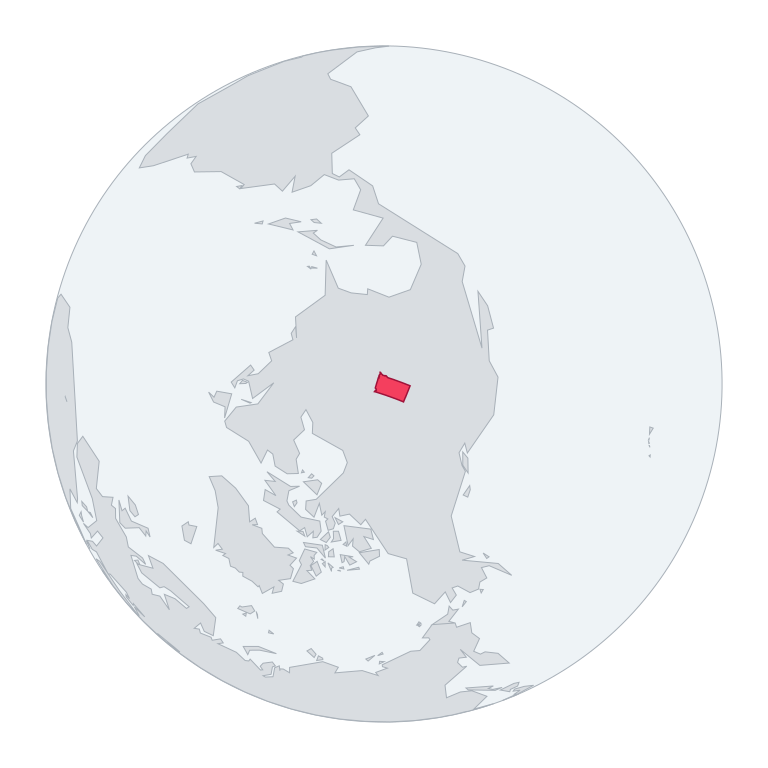 South Dakota highlighted on a globe, orthographic projection, rotated 198°
{"feature_id": "USA-3534", "entity_name": "South Dakota", "entity_type": "State", "adm_level": 1, "iso_a3": "USA", "parent_name": "United States of America", "parent_adm1": "", "projection": "orthographic", "projection_center": [-98.157, 44.23], "detail": "fine", "context": "on_globe", "style": "filled", "palette": "rose", "viewbox_px": 768, "rotation_deg": 198, "n_neighbors": 0, "source": "natural_earth", "source_scale": "10m", "svg_char_len": 12183}
<svg xmlns="http://www.w3.org/2000/svg" viewBox="0 0 768 768"><g transform="rotate(198 384 384)"><circle cx="384" cy="384" r="338" fill="#eef3f6" stroke="#a8b0b8"/><path d="M548.7,679.1L538.1,684.7L535.1,686.2L512.4,696.6L488.9,705.2L491.2,704.4L483.6,706.9L496.0,701.1L512.3,691.5L533.3,661.7L528.9,657.3L507.3,656.5L481.7,634.1L490.5,618.7L484.0,613.6L505.0,587.3L498.2,568.2L490.5,567.1L483.5,576.9L456.0,568.9L444.9,553.7L354.1,530.8L343.4,521.2L341.3,505.6L301.9,448.4L323.3,501.2L309.6,490.4L297.1,471.0L302.2,467.2L291.1,438.6L277.7,425.8L270.1,388.6L283.4,344.1L288.9,352.7L291.4,341.8L284.7,330.7L279.6,326.1L279.3,279.2L260.0,247.8L244.6,247.9L255.3,240.6L219.9,248.6L203.4,241.5L227.8,243.7L234.6,239.5L226.3,231.3L231.6,225.3L230.7,218.2L237.7,212.2L251.4,214.7L256.2,211.1L250.0,205.6L253.2,196.7L261.5,205.2L268.0,190.6L292.0,194.0L308.5,224.7L327.6,224.0L359.8,249.6L362.6,243.0L376.6,249.6L385.1,244.7L388.6,251.6L392.3,241.9L387.4,236.6L387.4,230.7L391.9,227.6L397.2,235.5L395.7,238.3L399.7,239.0L400.4,244.5L402.6,240.0L408.6,250.5L409.4,235.7L419.8,240.5L421.9,248.7L412.8,253.4L395.2,286.8L394.6,297.9L402.7,308.1L436.9,314.9L439.8,325.4L450.3,335.5L452.8,326.8L445.5,315.9L452.6,302.8L442.8,291.9L444.3,285.3L437.8,272.4L448.4,268.7L462.2,272.3L468.1,283.0L474.4,285.2L476.5,270.8L495.0,287.7L520.3,294.0L524.0,299.5L517.4,316.4L497.8,326.1L489.2,351.1L504.5,329.6L513.6,344.8L519.2,345.4L524.4,341.8L524.7,334.2L529.9,338.6L516.7,360.8L511.8,357.1L516.0,349.8L506.8,354.9L498.0,371.3L503.3,378.4L484.3,397.9L487.9,403.5L485.8,411.3L481.4,400.8L488.9,420.5L467.4,450.2L477.3,484.0L457.1,461.0L443.4,460.5L427.5,463.9L428.9,469.5L406.1,468.1L388.1,481.9L385.6,509.4L396.6,528.8L421.6,527.2L427.2,515.2L444.5,510.2L436.1,541.5L467.0,540.1L466.2,561.5L475.7,570.0L490.2,563.9L505.5,564.7L514.9,550.0L530.7,538.0L532.7,554.2L540.2,536.0L549.9,540.4L580.5,525.7L578.6,530.5L604.5,535.7L629.8,527.1L635.7,533.8L633.0,542.4L641.1,538.0L641.2,542.1L670.8,520.3L683.5,513.9L681.5,527.5L667.6,555.3L647.5,592.9L620.6,621.9L608.7,635.1L578.9,659.9L563.3,669.5L562.6,670.8L551.1,677.7L548.7,679.1ZM114.3,425.2L116.0,418.3L117.9,425.3L114.3,425.2ZM115.2,412.3L115.0,415.0L114.7,412.4L115.2,412.3ZM113.7,409.2L114.8,411.5L113.3,409.6L113.7,409.2ZM111.5,405.9L112.8,407.4L112.5,407.5L111.5,405.9ZM477.7,495.7L512.8,502.1L494.8,509.6L497.9,505.7L488.6,501.5L471.9,499.5L455.5,506.6L477.7,495.7ZM108.9,398.8L108.4,396.8L109.8,397.6L108.9,398.8ZM489.0,473.3L483.1,473.6L488.6,471.9L489.0,473.3ZM276.5,325.3L284.0,331.2L288.1,343.7L281.3,339.4L276.5,325.3ZM269.4,302.3L274.4,302.9L271.1,313.9L269.3,310.1L269.4,302.3ZM232.4,249.8L237.5,253.9L230.7,252.1L232.4,249.8ZM229.3,218.4L226.1,219.2L227.0,215.3L229.3,218.4ZM432.5,275.5L435.1,274.0L434.9,277.1L432.5,275.5ZM427.1,271.5L425.1,276.2L422.2,275.0L423.6,272.1L427.1,271.5ZM238.5,202.5L240.8,196.2L240.8,203.0L238.5,202.5ZM430.4,266.1L417.5,272.4L412.6,270.3L413.5,257.9L430.4,266.1ZM243.7,192.9L249.0,178.3L242.5,178.7L263.9,170.0L252.3,184.8L253.4,192.9L248.7,190.2L243.7,192.9ZM383.9,236.3L389.3,241.8L380.6,240.2L383.9,236.3ZM378.3,236.9L351.7,241.9L346.0,232.8L356.0,232.7L345.3,223.8L355.6,216.8L363.8,220.1L365.5,227.2L368.2,219.2L378.3,236.9ZM274.9,167.9L278.2,165.0L277.3,168.6L274.9,167.9ZM386.7,228.3L381.8,229.9L376.5,222.0L385.3,217.4L384.2,221.4L386.7,228.3ZM337.4,225.1L335.0,218.8L342.7,211.3L342.8,207.9L355.3,215.9L337.4,225.1ZM387.7,221.6L389.9,215.4L396.5,216.4L391.1,226.3L387.7,221.6ZM371.4,222.0L369.3,218.2L373.3,218.8L371.4,222.0ZM421.2,217.2L415.5,218.8L412.3,214.8L421.2,217.2ZM390.3,213.0L388.0,212.8L386.0,211.5L388.8,207.8L390.3,213.0ZM359.9,210.2L363.6,208.6L355.2,206.5L360.6,201.2L368.0,207.7L367.1,202.7L368.7,201.1L372.9,208.2L359.9,210.2ZM385.9,200.3L397.1,207.3L408.4,205.0L411.6,208.4L392.8,211.6L385.9,200.3ZM377.9,204.2L383.5,202.5L384.7,207.4L381.5,211.6L377.9,204.2ZM361.6,195.4L351.4,201.9L350.1,200.3L361.6,195.4ZM388.9,198.5L386.1,197.0L389.6,197.8L388.9,198.5ZM369.8,195.2L366.3,197.6L365.0,195.7L369.8,195.2ZM383.5,191.9L387.1,194.1L385.1,196.9L383.5,191.9ZM377.0,192.6L376.0,189.5L382.1,196.6L375.7,193.9L377.0,192.6ZM369.0,193.0L367.1,192.7L370.7,192.3L369.0,193.0ZM389.1,180.3L397.4,188.7L392.8,194.7L385.5,185.7L389.1,180.3ZM583.0,110.9L578.0,107.3L603.9,128.8L599.4,127.5L571.5,105.5L547.6,88.9L545.1,87.9L552.7,95.0L539.6,88.6L554.5,97.7L554.1,95.9L563.4,101.9L564.4,103.9L559.7,101.3L564.7,106.4L585.7,118.6L587.6,118.1L605.6,135.5L610.4,136.6L618.0,143.6L612.6,144.3L607.3,141.1L603.7,150.8L611.0,155.6L614.8,147.1L617.0,151.0L626.8,158.6L621.1,156.0L615.0,165.3L626.1,185.0L653.5,219.6L657.2,232.6L654.3,241.2L631.0,222.5L625.3,195.7L616.9,189.9L606.7,192.5L605.8,184.5L600.9,182.6L597.7,173.2L581.8,158.9L576.8,150.0L559.8,143.9L554.9,138.8L566.4,143.7L571.7,142.8L557.9,123.1L552.0,119.1L542.0,117.0L539.5,112.4L531.6,113.0L518.3,102.9L527.9,116.1L516.4,115.2L502.5,109.5L500.5,111.9L523.1,121.4L530.5,123.3L534.2,120.9L556.1,129.5L563.2,136.5L546.8,137.4L555.0,148.0L538.6,145.1L487.6,119.4L471.8,109.8L468.6,91.9L478.5,93.2L484.6,100.0L489.0,93.0L483.9,93.8L481.7,90.4L470.2,89.7L468.2,87.2L460.7,91.1L456.9,88.1L461.7,85.7L441.5,83.2L430.6,78.1L427.0,78.8L426.3,81.0L413.1,73.8L411.0,74.7L414.5,77.3L412.7,81.1L404.3,85.1L400.2,82.3L402.7,80.5L401.7,73.0L408.9,69.2L406.3,68.6L399.1,71.3L400.3,80.3L396.5,83.6L394.4,79.1L394.9,80.9L391.7,81.8L384.6,80.2L386.2,85.3L356.4,101.0L339.9,100.5L341.4,94.1L316.2,104.7L299.5,104.9L302.8,107.1L293.0,114.8L298.1,114.7L298.9,116.4L276.0,138.1L267.5,141.6L261.3,155.0L263.0,156.4L269.0,154.4L263.9,170.0L242.5,178.7L239.8,175.1L228.2,183.7L223.6,174.5L214.5,171.4L216.1,157.5L208.8,156.9L205.1,160.5L192.3,163.1L178.7,157.3L205.9,146.0L229.5,155.2L221.3,149.6L228.0,146.5L228.0,141.9L221.8,138.9L218.1,141.2L232.9,116.4L227.6,104.9L216.2,114.7L205.6,119.4L189.6,118.8L198.1,102.6L184.1,111.8L180.9,113.9L181.6,113.4L191.2,106.5L192.8,105.4L203.1,98.6L204.7,97.9L217.7,89.8L220.6,88.5L228.0,84.2L250.6,73.5L273.9,64.5L297.8,57.3L322.2,51.8L346.9,48.1L371.8,46.3L396.8,46.3L421.7,48.2L446.4,51.9L470.8,57.4L494.7,64.7L518.0,73.8L540.5,84.5L562.2,96.9L583.0,110.9ZM719.1,340.7L720.9,364.9L718.9,369.6L706.4,359.9L702.1,339.9L693.9,327.3L658.0,235.1L658.7,224.4L640.0,180.2L639.1,176.4L650.3,187.2L643.5,168.8L630.6,154.6L617.7,139.9L635.4,158.2L651.7,177.8L666.5,198.6L679.7,220.4L691.1,243.1L700.9,266.7L708.8,290.9L714.9,315.6L719.1,340.7ZM680.0,269.1L683.3,273.4L683.3,273.5L680.0,269.1ZM508.1,69.7L510.4,71.1L498.6,66.6L495.3,66.1L501.4,68.6L522.5,76.8L519.3,74.4L508.1,69.7ZM581.4,525.0L585.2,526.3L580.5,528.8L581.4,525.0ZM493.3,517.5L500.3,516.0L504.2,517.7L499.1,520.1L493.3,517.5ZM549.3,498.6L556.8,496.9L549.4,501.7L549.3,498.6ZM518.1,502.4L543.3,500.5L529.0,511.4L512.9,512.7L523.4,507.5L518.1,502.4ZM487.8,485.1L492.4,485.2L491.7,488.9L487.8,485.1ZM493.1,472.2L491.4,473.0L488.8,470.7L493.1,472.2ZM514.4,343.4L515.6,341.8L521.3,339.7L519.7,343.7L514.4,343.4ZM540.5,314.2L548.3,322.1L541.6,318.9L540.8,325.5L525.8,327.6L525.1,302.4L528.1,313.2L540.5,314.2ZM505.5,324.4L515.1,325.3L504.6,325.3L505.5,324.4ZM577.2,184.0L579.8,180.8L586.5,185.0L592.8,198.3L583.1,192.1L577.2,184.0ZM581.9,175.6L563.8,173.9L559.2,166.2L564.8,170.7L563.6,165.8L572.4,171.7L585.6,166.9L592.4,170.5L600.3,191.8L594.0,182.5L591.8,185.9L581.9,175.6ZM525.9,189.6L518.0,190.6L518.2,172.4L525.5,173.7L532.3,186.5L527.6,192.5L525.9,189.6ZM434.5,243.7L431.5,246.5L430.0,244.1L431.4,239.7L434.5,243.7ZM418.8,218.3L446.2,229.3L444.1,232.9L462.6,236.0L464.4,246.9L452.3,244.4L467.5,255.6L457.3,257.7L468.2,264.4L441.2,257.7L432.7,260.7L441.5,253.1L440.2,242.8L437.0,239.3L421.7,231.8L402.7,233.8L398.3,224.6L400.2,217.6L404.1,215.7L405.7,222.1L409.8,215.0L415.1,222.9L418.8,218.3ZM425.7,150.4L426.0,157.0L435.0,147.2L440.4,153.7L441.1,152.2L448.6,155.7L458.9,157.6L460.0,161.2L463.5,160.4L468.5,163.0L473.7,163.3L477.6,170.1L484.3,171.1L482.3,173.8L492.8,173.9L486.7,176.9L492.6,181.1L495.4,175.9L503.5,215.1L511.6,230.4L521.6,241.9L509.9,246.5L492.9,239.1L475.3,226.3L469.2,211.4L465.0,216.6L460.8,211.2L465.9,209.4L455.6,209.0L453.5,204.2L437.8,195.0L424.3,198.3L418.2,195.4L422.5,191.7L413.4,191.4L417.4,182.6L413.1,180.4L412.8,170.0L423.5,164.7L417.9,162.7L417.3,155.2L425.7,150.4ZM389.5,177.3L401.0,168.7L409.7,168.2L406.7,186.8L410.0,189.9L408.4,202.6L395.9,203.1L397.5,199.4L396.2,195.9L400.6,197.1L396.1,193.6L398.1,188.5L395.1,184.5L399.7,182.7L389.5,177.3ZM632.6,168.9L631.0,165.6L627.1,159.8L633.2,164.9L632.6,168.9ZM628.9,175.3L626.6,171.5L633.4,175.1L635.1,178.9L628.9,175.3ZM619.6,166.9L626.0,171.1L623.6,171.0L619.6,166.9ZM563.6,140.5L560.5,136.9L562.4,136.8L566.8,139.1L563.6,140.5ZM453.7,125.3L452.5,128.5L450.2,128.0L441.5,132.3L436.8,128.2L440.2,124.0L453.7,125.3ZM585.6,112.9L593.6,118.9L594.5,119.7L591.6,117.4L585.6,112.9ZM617.1,141.7L612.6,136.2L618.8,143.1L617.1,141.7ZM447.2,121.5L444.2,123.7L443.7,120.4L447.2,121.5ZM433.0,125.5L431.5,121.8L435.3,128.2L433.0,125.5ZM403.0,94.3L420.2,92.4L429.5,89.3L429.9,84.5L436.8,90.9L422.4,95.6L403.0,94.3ZM362.6,100.2L362.4,105.2L357.6,104.3L357.0,103.0L362.6,100.2ZM365.9,102.3L374.8,106.3L371.5,109.9L365.1,106.0L365.9,102.3ZM411.6,112.2L417.0,111.7L417.2,114.3L411.6,112.2ZM162.7,128.6L166.2,125.7L161.3,130.1L160.1,131.0L162.3,129.0L162.7,128.6ZM173.6,119.5L170.7,122.2L162.0,130.1L164.1,129.4L159.9,134.9L166.2,131.8L165.5,134.2L157.1,139.8L148.6,143.7L161.2,130.4L171.8,121.0L173.6,119.5ZM169.3,130.2L178.8,128.9L167.9,139.4L163.4,142.0L163.6,138.0L169.4,132.6L169.3,130.2ZM177.9,131.9L183.6,127.0L209.4,119.1L212.1,120.2L186.7,130.6L190.7,126.7L186.3,127.1L177.9,131.9ZM275.3,164.1L277.9,165.0L274.2,166.3L275.3,164.1ZM302.0,116.3L302.5,118.9L298.0,120.0L302.0,116.3ZM301.4,126.9L306.1,123.7L302.9,128.2L301.4,126.9ZM316.3,116.8L308.8,123.1L313.5,115.6L316.3,116.8Z" fill="#d9dde1" stroke="#a8b0b8" stroke-width="1"/><path d="M359.5,378.6L359.5,378.2L359.6,377.5L359.6,376.9L359.7,376.2L359.7,375.6L359.8,375.0L359.8,374.3L359.9,373.7L359.9,373.0L361.0,373.1L361.9,373.2L362.9,373.2L363.8,373.3L364.8,373.4L365.7,373.4L366.7,373.5L367.6,373.5L368.6,373.6L369.6,373.6L370.5,373.6L371.5,373.7L372.4,373.7L373.4,373.7L374.3,373.8L375.3,373.8L376.2,373.8L377.2,373.8L378.1,373.9L379.1,373.9L380.1,373.9L381.0,373.9L382.0,373.9L382.9,373.9L383.9,373.9L384.8,373.9L385.8,373.9L386.7,373.9L387.7,373.9L388.7,373.9L389.6,373.9L390.6,373.8L390.5,374.0L390.5,374.3L390.4,374.5L390.3,374.9L390.2,374.9L390.2,375.0L389.8,375.3L389.7,375.3L389.5,375.6L389.4,375.6L389.4,375.8L389.5,376.0L389.7,376.3L389.9,376.7L390.0,376.9L390.1,377.0L390.4,377.0L390.6,377.1L390.8,377.2L390.9,377.3L391.0,377.6L391.1,377.9L391.1,379.2L391.1,380.5L391.2,381.8L391.2,383.0L391.2,384.3L391.2,385.6L391.3,386.9L391.3,388.2L390.7,388.2L390.7,388.3L390.7,388.5L390.8,388.8L391.0,388.9L391.0,389.0L391.0,389.3L390.9,389.4L390.9,389.5L390.8,389.8L391.0,389.9L391.2,390.0L391.3,390.0L391.3,390.3L391.3,390.5L391.3,390.8L391.1,390.9L391.1,391.0L391.1,391.3L391.1,391.5L391.0,391.8L390.9,391.9L390.9,392.0L390.7,392.2L390.7,392.3L390.6,392.5L390.6,392.8L390.8,393.0L391.0,393.1L391.1,393.3L391.1,393.5L391.3,393.8L391.3,394.0L390.7,393.9L390.6,393.7L390.4,393.5L390.3,393.4L390.3,393.2L390.2,393.1L389.9,393.1L389.8,392.9L389.7,392.8L389.6,392.7L389.2,392.7L388.9,392.6L388.6,392.5L388.4,392.4L388.1,392.2L387.9,392.0L387.8,391.9L387.7,391.9L386.8,392.1L386.7,392.1L386.4,392.0L386.1,392.1L385.9,392.0L385.7,392.1L385.4,392.0L385.2,392.1L385.1,392.4L384.9,392.5L384.7,392.5L384.3,392.4L384.2,392.3L383.6,392.0L383.5,391.8L383.3,391.7L383.2,391.7L382.7,391.4L382.2,391.2L381.5,391.2L380.7,391.2L380.0,391.2L379.3,391.2L378.5,391.2L377.8,391.2L377.0,391.2L376.3,391.2L375.6,391.2L374.8,391.1L374.1,391.1L373.4,391.1L372.6,391.1L371.9,391.0L371.2,391.0L370.4,391.0L369.7,391.0L369.0,390.9L368.2,390.9L367.5,390.9L366.8,390.8L366.0,390.8L365.3,390.8L364.6,390.7L363.8,390.7L363.1,390.6L362.4,390.6L361.6,390.5L360.9,390.5L360.2,390.5L359.4,390.4L358.6,390.3L358.7,389.6L358.7,388.9L358.8,388.1L358.8,387.4L358.9,386.7L358.9,385.9L359.0,385.2L359.0,384.5L359.1,383.7L359.1,383.0L359.2,382.3L359.2,381.5L359.3,380.8L359.3,380.1L359.4,379.3L359.4,378.6L359.5,378.6Z" fill="#f43f5e" stroke="#9f1239" stroke-width="1.5"/></g></svg>